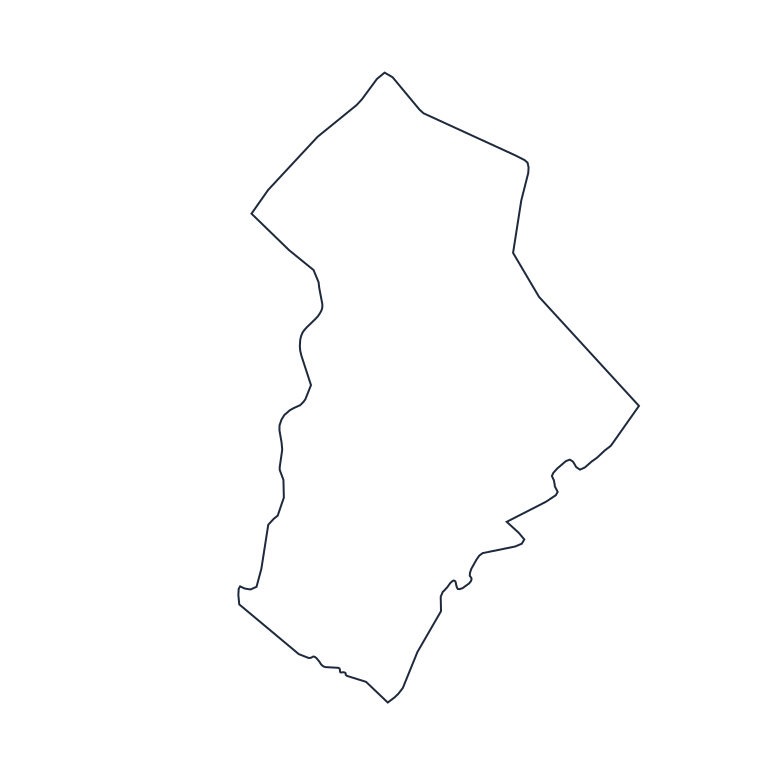 map outline of Dhi-Qar (Mercator projection), rotated 220°
{"feature_id": "IRQ-3225", "entity_name": "Dhi-Qar", "entity_type": "Province", "adm_level": 1, "iso_a3": "IRQ", "parent_name": "Iraq", "parent_adm1": "", "projection": "mercator", "projection_center": [46.195, 31.256], "detail": "fine", "context": "isolated", "style": "outline", "palette": "slate", "viewbox_px": 768, "rotation_deg": 220, "n_neighbors": 0, "source": "natural_earth", "source_scale": "10m", "svg_char_len": 1882}
<svg xmlns="http://www.w3.org/2000/svg" viewBox="0 0 768 768"><g transform="rotate(220 384 384)"><path d="M194.3,246.6L186.1,200.1L174.2,163.3L173.9,156.1L174.4,151.0L176.4,142.4L206.3,144.3L224.7,136.6L226.3,136.6L227.6,137.8L228.8,137.7L230.0,137.0L231.3,135.5L232.1,135.1L232.9,135.5L233.7,136.4L235.2,137.5L236.6,137.2L247.0,129.4L249.4,128.6L252.1,128.8L254.8,129.7L259.5,130.6L261.6,130.5L263.0,129.8L264.1,127.1L265.6,125.7L275.6,122.3L353.2,122.1L359.9,128.7L363.6,133.6L364.1,136.5L359.2,137.8L354.2,140.8L351.3,146.7L359.1,163.5L382.2,201.8L381.8,210.1L380.8,214.8L387.7,232.6L399.4,245.9L408.7,251.2L410.4,253.2L419.7,268.2L424.7,273.2L434.3,281.3L437.4,285.1L439.6,290.7L440.4,296.1L439.3,303.2L437.7,307.5L434.6,313.9L434.2,318.4L434.4,321.7L439.2,336.2L465.8,352.8L469.5,355.6L472.9,359.0L476.7,364.2L478.4,367.7L479.4,370.8L479.7,373.9L479.6,377.8L478.3,390.2L478.2,393.9L478.6,397.3L479.2,400.2L480.3,402.7L482.4,405.4L495.3,415.9L499.5,419.9L511.2,426.0L542.6,425.5L595.0,429.3L597.5,458.2L593.8,530.7L586.2,570.1L584.3,580.0L583.9,587.8L585.5,613.1L583.7,622.9L574.6,624.5L533.2,617.0L527.7,616.8L430.1,643.6L420.2,645.9L416.3,645.8L412.4,642.8L409.1,638.3L396.8,612.8L369.4,567.4L321.3,550.4L174.6,531.1L170.5,482.5L172.2,474.8L173.4,464.5L175.1,458.1L176.5,449.1L178.8,444.4L183.3,443.9L189.3,446.0L193.0,445.5L195.1,441.9L196.9,431.1L197.2,425.0L196.3,421.5L194.5,420.6L192.1,419.5L188.5,416.6L187.4,415.4L181.6,413.0L180.9,409.3L184.2,398.0L201.4,357.3L185.0,356.6L176.6,355.1L175.8,350.2L179.1,343.8L199.7,317.9L200.7,313.8L200.3,309.2L198.3,298.5L196.7,294.5L195.0,292.2L193.3,291.8L191.7,291.1L190.7,289.1L190.6,286.0L192.5,278.4L194.0,275.7L195.7,274.4L197.3,275.0L198.9,276.0L201.9,278.4L203.2,278.7L204.4,278.2L205.0,276.5L205.3,273.9L204.9,269.2L205.1,264.3L205.4,262.6L203.8,257.5L194.3,246.6Z" fill="none" stroke="#1e293b" stroke-width="2"/></g></svg>